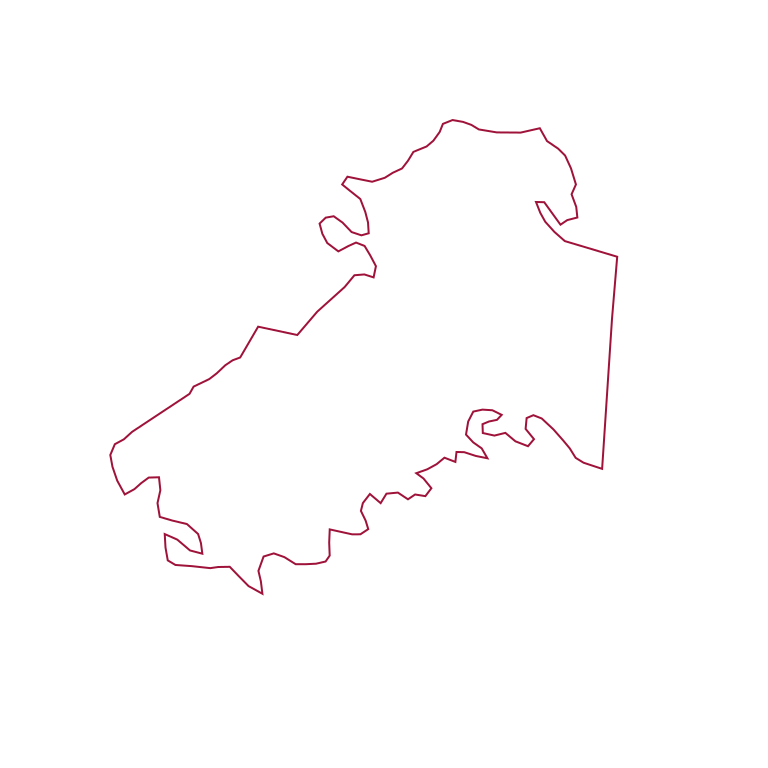 the district of Floriano Peixoto, Rio Grande do Sul, Brazil, rotated 146°
{"feature_id": "56859067B13230601625059", "entity_name": "Floriano Peixoto", "entity_type": "district", "adm_level": 2, "iso_a3": "BRA", "parent_name": "Brazil", "parent_adm1": "Rio Grande do Sul", "projection": "equal_earth", "projection_center": [-52.034, -27.853], "detail": "fine", "context": "isolated", "style": "outline", "palette": "rose", "viewbox_px": 768, "rotation_deg": 146, "n_neighbors": 0, "source": "geoboundaries", "source_scale": "gbopen_adm2", "svg_char_len": 2230}
<svg xmlns="http://www.w3.org/2000/svg" viewBox="0 0 768 768"><g transform="rotate(146 384 384)"><path d="M250.6,191.7L158.4,310.7L119.5,359.1L154.2,401.4L157.7,414.9L159.6,428.4L158.7,438.6L156.2,449.9L149.5,445.1L149.0,429.4L148.6,417.4L140.4,417.4L130.6,413.9L125.6,423.3L122.4,436.4L113.3,442.1L108.4,458.2L106.1,472.1L108.0,481.7L113.0,494.2L111.8,508.9L130.1,516.0L149.8,529.5L163.0,542.0L166.7,550.0L171.9,557.1L179.6,564.5L189.7,566.7L196.9,561.8L207.0,558.1L215.9,557.1L229.8,560.0L239.2,555.7L248.5,552.6L258.6,554.2L268.0,554.5L280.7,558.3L289.4,567.1L298.4,576.3L307.1,572.8L304.3,563.6L300.2,550.6L303.3,537.1L306.9,526.9L312.4,517.5L319.6,519.9L325.9,528.1L328.1,541.0L331.9,551.2L339.3,554.5L347.7,553.0L351.1,543.0L352.2,532.6L347.7,519.5L336.4,518.3L328.1,516.9L322.9,509.3L323.5,498.3L324.8,486.2L333.0,478.2L339.0,485.8L347.7,490.7L362.4,486.4L398.9,481.3L428.5,473.1L456.3,501.9L488.4,486.4L496.2,488.3L505.0,488.3L516.6,486.4L526.1,485.8L543.3,488.3L550.7,484.6L619.6,485.2L630.6,483.6L640.8,484.6L650.6,478.2L655.4,467.2L659.2,453.1L660.7,437.4L649.7,436.4L640.8,437.6L631.4,438.0L622.7,432.5L628.8,421.0L638.4,411.9L644.2,399.2L635.9,389.2L625.7,378.1L622.0,363.6L624.7,354.5L629.5,344.9L637.9,354.5L642.4,370.6L649.7,382.2L656.6,370.6L661.9,358.7L658.1,350.6L651.6,345.5L645.1,340.4L639.3,335.5L631.0,328.5L623.8,325.0L614.1,318.7L611.9,306.2L609.3,292.2L602.1,278.1L596.4,289.3L592.6,299.3L580.3,308.3L570.1,305.2L563.4,296.2L558.0,284.0L550.2,278.7L540.8,273.0L531.7,269.5L525.0,272.1L518.1,283.2L510.3,293.8L502.7,285.8L494.5,277.2L487.6,272.6L478.2,272.5L475.6,281.1L474.1,291.7L468.1,297.1L457.2,300.7L453.4,287.1L443.3,291.7L433.2,286.2L428.6,275.0L420.0,275.0L412.4,267.9L403.0,271.1L404.1,283.6L407.1,292.0L395.9,289.1L385.2,288.1L375.1,289.1L368.4,279.5L361.9,287.1L355.6,282.6L348.1,273.0L339.8,264.6L339.0,276.0L342.7,285.8L344.3,296.2L335.2,305.8L325.4,311.2L316.7,307.7L308.8,301.6L303.7,292.6L310.4,291.1L317.9,294.2L324.8,295.6L329.5,288.1L321.3,279.5L310.7,275.6L307.1,263.0L299.4,251.9L290.5,254.4L291.7,267.6L284.8,276.0L277.6,274.6L272.5,267.2L268.9,251.5L267.0,236.8L266.0,226.8L266.4,215.6L262.6,207.2L256.9,199.8L250.6,191.7Z" fill="none" stroke="#9f1239" stroke-width="2"/></g></svg>